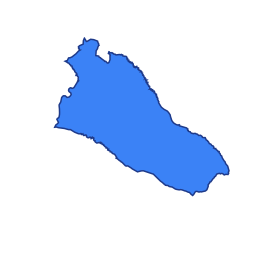 Porumbacu De Jos, Sibiu, Romania (Robinson projection), rotated 322°
{"feature_id": "2599482B59458077641346", "entity_name": "Porumbacu De Jos", "entity_type": "district", "adm_level": 2, "iso_a3": "ROU", "parent_name": "Romania", "parent_adm1": "Sibiu", "projection": "robinson", "projection_center": [24.517, 45.696], "detail": "fine", "context": "isolated", "style": "filled", "palette": "blue", "viewbox_px": 256, "rotation_deg": 322, "n_neighbors": 0, "source": "geoboundaries", "source_scale": "gbopen_adm2", "svg_char_len": 5779}
<svg xmlns="http://www.w3.org/2000/svg" viewBox="0 0 256 256"><g transform="rotate(322 128 128)"><path d="M146.4,223.5L150.3,225.3L152.2,225.2L155.2,223.4L156.2,222.1L158.6,221.5L159.1,221.0L160.1,221.4L163.9,220.3L165.6,220.2L166.1,219.7L167.4,219.9L168.4,219.4L169.9,219.0L172.1,220.0L172.5,221.0L173.3,221.1L174.5,222.2L174.9,224.2L176.5,224.7L178.2,226.2L179.5,225.6L179.8,224.6L181.2,224.0L183.1,219.4L183.0,216.3L183.7,214.1L183.5,213.1L183.9,209.5L184.6,207.7L184.2,206.6L184.8,204.9L184.6,203.6L185.3,202.7L184.5,202.0L184.7,201.2L184.2,199.2L184.5,198.2L183.7,197.8L183.6,197.0L183.1,196.5L183.9,195.8L184.1,194.8L183.3,193.5L183.3,191.6L182.5,190.4L182.9,188.4L182.6,187.7L182.9,186.9L182.3,185.7L182.9,183.1L182.7,182.8L182.2,182.7L181.0,181.4L180.9,180.8L181.2,180.3L180.7,178.4L179.1,177.4L178.9,175.6L178.0,174.6L178.0,174.1L177.4,173.4L176.0,172.7L175.8,172.1L175.3,171.9L174.9,171.3L174.5,170.0L174.7,169.3L173.6,167.9L173.9,167.2L173.6,166.6L174.5,165.7L174.1,165.2L174.3,164.9L174.2,164.0L169.9,158.0L170.5,157.3L170.4,156.9L169.2,156.5L168.0,154.8L167.0,151.9L167.1,149.0L168.5,145.2L169.3,143.6L169.5,140.9L169.4,138.9L167.9,135.5L167.4,133.5L167.1,132.1L167.2,131.0L167.7,126.9L168.5,126.2L168.4,125.7L168.8,124.7L168.8,123.7L169.3,123.5L169.8,122.8L169.6,122.0L169.8,121.8L169.5,121.6L170.3,120.5L170.4,120.2L170.1,120.2L170.3,119.9L170.2,119.7L171.0,119.1L170.7,118.8L170.9,118.3L170.6,118.2L170.7,116.5L170.5,116.3L170.9,116.2L170.8,115.9L171.3,115.5L171.2,115.2L171.3,114.8L170.3,114.2L170.5,113.9L170.2,113.9L170.7,113.1L170.2,113.0L170.5,112.7L170.1,112.5L169.9,111.7L169.5,111.8L169.6,111.3L169.9,111.2L169.4,110.9L169.8,110.9L169.7,109.8L170.6,108.6L170.2,108.1L170.4,108.0L170.2,107.4L170.5,107.2L170.5,106.5L170.2,105.6L170.5,105.1L171.0,104.9L170.8,104.5L171.1,104.4L170.6,104.2L170.4,103.5L171.4,103.0L171.2,102.6L171.8,102.5L171.5,102.4L171.8,102.2L171.6,102.0L171.6,101.6L171.8,101.6L171.3,101.3L172.2,100.4L171.9,100.0L171.9,99.3L171.7,99.3L172.0,99.1L172.0,98.5L172.3,98.5L172.0,97.6L172.6,96.4L172.2,95.8L172.6,95.7L172.7,95.4L172.5,95.1L172.7,93.8L173.1,93.7L172.8,93.2L172.9,92.6L173.4,92.4L173.4,91.9L173.1,91.7L173.4,91.7L173.4,91.2L172.8,90.9L173.0,90.3L172.7,89.8L172.4,89.9L172.6,89.7L172.3,89.5L172.5,88.8L172.3,88.6L172.6,88.3L172.3,88.0L172.8,87.8L172.6,86.9L173.0,86.8L172.6,86.4L172.4,85.8L172.7,85.2L172.4,85.2L172.4,84.8L171.9,84.9L172.0,84.7L171.7,84.7L171.9,84.5L170.8,84.2L170.7,83.9L170.5,84.1L170.3,83.7L170.8,83.6L170.9,82.8L170.4,82.3L171.5,80.8L171.5,80.3L171.0,79.8L171.4,79.5L171.2,79.2L171.4,79.0L171.1,78.9L171.2,78.6L171.0,78.2L170.2,78.1L170.3,77.7L169.9,77.5L170.0,77.1L169.8,77.0L170.1,76.6L169.4,75.8L169.4,75.6L170.0,75.9L169.7,75.2L170.3,74.9L169.9,74.3L169.9,73.9L169.6,73.6L170.3,73.1L169.9,72.8L170.3,72.3L170.2,71.9L170.6,71.7L170.7,71.3L170.5,70.2L169.3,69.4L169.1,68.7L168.4,68.3L168.3,67.3L168.7,67.0L167.9,66.2L167.9,65.8L167.1,65.7L166.5,64.8L163.8,63.2L163.2,62.4L163.3,61.9L162.3,61.0L162.1,59.5L161.8,59.6L161.2,58.3L160.3,57.7L159.9,56.9L160.1,56.5L159.9,56.2L158.4,57.2L159.0,58.6L158.8,59.7L158.5,59.7L155.9,63.1L153.3,64.6L152.2,64.5L151.7,64.0L151.5,61.7L150.6,61.1L150.7,60.3L149.5,56.1L149.6,55.7L148.9,54.5L149.2,53.3L147.2,51.1L150.5,47.5L152.9,46.7L153.7,45.9L155.8,44.8L156.1,44.9L156.2,44.1L156.7,43.6L156.9,42.2L157.5,40.8L155.4,37.3L153.2,35.1L149.3,34.6L148.6,34.3L148.5,33.9L148.8,32.1L148.9,30.8L149.1,30.1L149.0,29.8L148.9,30.4L146.6,31.7L144.3,34.3L140.4,33.3L138.9,33.5L138.8,34.0L138.3,34.5L138.5,34.8L138.1,35.0L137.8,34.7L138.3,35.5L137.7,36.5L138.2,37.1L136.4,36.9L132.7,37.5L127.6,37.5L125.7,37.0L124.3,36.2L121.4,37.6L120.9,37.1L119.6,36.7L120.3,38.2L120.6,39.5L121.3,40.4L121.2,42.2L121.6,42.9L121.2,43.7L122.0,44.9L121.4,45.5L121.3,46.9L121.0,47.0L121.0,48.1L121.4,48.3L121.4,48.9L121.1,49.3L121.2,50.2L120.8,50.7L120.8,52.3L121.2,52.9L121.0,53.7L120.3,54.0L120.4,54.4L120.1,54.4L120.3,54.7L119.8,54.8L120.2,55.1L120.2,55.7L120.0,56.3L120.2,57.0L120.0,57.6L118.8,58.7L118.5,59.4L117.9,59.7L118.4,59.9L118.2,60.4L116.2,60.7L110.3,62.9L108.7,62.6L108.3,62.3L107.8,61.2L107.2,60.8L105.6,60.8L104.4,61.6L104.0,62.6L104.0,63.4L104.5,65.0L104.1,66.1L103.8,66.7L101.9,67.3L100.6,67.3L98.8,66.4L98.4,64.1L97.0,62.9L95.9,62.8L94.4,63.2L91.0,66.1L88.1,67.3L87.4,68.1L85.7,70.8L83.4,73.9L82.4,75.1L80.7,76.7L79.6,77.2L78.2,77.0L77.3,77.4L76.7,80.6L76.4,80.9L75.2,81.2L72.9,81.2L70.7,82.3L71.0,82.5L71.5,82.2L73.2,84.7L77.6,89.2L80.2,92.7L81.7,93.9L83.4,98.5L85.4,102.0L86.5,103.0L87.4,103.3L87.3,104.2L87.8,104.2L87.7,104.7L88.3,105.1L88.8,105.0L88.4,106.5L89.4,107.2L89.9,107.1L90.7,108.0L90.5,108.8L90.1,109.0L89.9,109.5L90.5,111.2L92.5,111.8L92.3,112.7L94.3,113.3L94.1,113.8L93.5,114.0L94.7,114.3L94.9,114.9L93.6,116.2L93.6,117.1L94.1,117.8L93.7,118.1L93.6,119.0L94.2,120.7L96.5,121.7L96.6,121.9L96.3,122.0L96.8,122.5L97.1,122.5L96.8,122.8L96.9,123.2L97.7,123.1L97.8,123.5L97.6,123.6L97.8,123.6L97.8,124.0L98.0,124.1L97.6,124.7L97.8,124.9L97.7,125.2L98.3,125.6L98.6,126.1L98.1,126.8L98.5,127.6L98.3,128.3L98.9,129.5L98.5,130.0L98.8,130.2L98.6,130.4L99.4,131.3L99.4,131.7L98.7,132.5L99.2,132.8L98.8,132.9L98.6,133.3L99.4,134.4L99.7,135.3L99.3,135.8L100.3,137.0L100.0,137.6L100.2,138.7L101.3,140.5L101.0,144.2L100.4,144.2L100.0,144.6L100.6,145.2L101.2,148.5L101.8,149.7L101.7,150.5L102.2,151.4L102.7,156.2L103.3,157.0L104.5,157.7L105.8,161.2L106.2,162.9L108.5,168.4L111.9,169.9L113.7,171.1L119.6,180.0L120.9,189.9L121.6,192.3L121.8,194.2L122.2,194.8L122.2,196.1L124.2,198.1L124.4,199.4L126.5,201.8L127.7,205.2L128.5,206.3L130.3,208.3L131.2,208.7L132.5,210.0L134.0,212.5L134.6,213.1L135.9,215.6L136.8,216.6L136.9,219.1L137.4,221.0L138.8,220.8L141.4,219.8L142.5,219.8L143.3,220.4L144.5,222.2L145.7,222.7L146.4,223.5Z" fill="#3b82f6" stroke="#1e3a8a" stroke-width="1.5"/></g></svg>